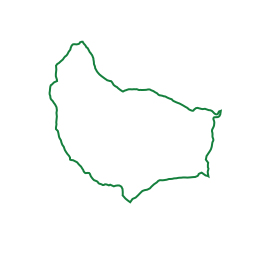 Shongphu, Tashigang, Bhutan, rotated 121°
{"feature_id": "84629894B1548081314680", "entity_name": "Shongphu", "entity_type": "district", "adm_level": 2, "iso_a3": "BTN", "parent_name": "Bhutan", "parent_adm1": "Tashigang", "projection": "robinson", "projection_center": [91.663, 27.301], "detail": "fine", "context": "isolated", "style": "outline", "palette": "green", "viewbox_px": 256, "rotation_deg": 121, "n_neighbors": 0, "source": "geoboundaries", "source_scale": "gbopen_adm2", "svg_char_len": 4025}
<svg xmlns="http://www.w3.org/2000/svg" viewBox="0 0 256 256"><g transform="rotate(121 128 128)"><path d="M65.5,57.3L66.0,57.7L66.3,58.0L66.7,58.4L67.4,58.5L68.7,58.4L69.7,58.3L70.4,58.7L70.7,59.1L71.0,59.8L71.0,60.3L71.1,61.0L71.0,61.5L70.2,64.4L70.2,65.2L70.4,66.6L71.1,68.0L71.4,69.4L71.9,71.9L73.4,73.8L74.0,75.4L74.1,75.9L74.4,76.8L74.9,78.7L75.9,79.9L78.1,80.8L79.4,80.9L79.8,81.3L80.1,81.8L80.3,82.5L80.4,83.1L80.6,84.5L80.6,85.9L80.3,86.7L80.3,87.3L80.2,88.0L80.3,89.4L80.3,90.1L80.3,90.9L80.3,91.8L80.3,93.0L80.5,96.7L80.7,97.5L81.1,99.8L81.4,102.7L81.4,103.5L81.3,104.0L81.2,104.4L80.9,105.0L80.9,105.5L81.2,106.8L81.4,107.8L81.6,109.3L81.7,110.2L81.7,111.4L81.8,112.0L81.9,112.8L82.4,113.6L82.6,114.9L83.3,116.9L83.7,117.8L83.8,118.9L83.7,119.4L83.6,119.9L83.3,120.7L83.3,121.4L83.4,123.7L83.3,124.6L83.3,125.4L83.4,125.9L83.5,126.5L83.6,126.9L83.7,127.7L83.7,128.6L83.8,129.2L84.5,130.5L85.3,131.4L85.8,131.9L86.5,132.9L88.2,135.5L89.0,137.0L89.6,137.8L89.8,138.2L90.1,139.8L90.2,140.4L91.1,141.8L91.8,143.1L92.4,143.8L94.1,146.8L94.4,147.3L95.9,148.6L96.7,149.2L97.4,149.9L98.3,150.5L99.1,150.9L99.4,151.4L99.4,152.6L99.3,154.5L99.2,155.4L98.9,157.5L98.6,158.3L98.7,159.9L98.7,160.7L98.5,162.4L98.1,163.2L97.1,165.0L96.6,166.4L96.6,166.8L97.0,167.5L97.8,170.5L97.7,171.2L97.6,173.1L97.1,178.2L96.9,178.8L96.9,179.7L95.9,182.8L95.2,184.3L94.8,184.9L94.3,185.8L93.6,187.0L92.6,187.7L91.6,188.9L91.2,189.5L90.6,190.2L89.2,191.1L88.2,191.9L87.1,192.9L86.1,193.6L85.2,194.8L84.1,196.2L83.6,197.5L83.1,198.4L82.8,199.6L80.6,203.2L80.3,203.7L80.2,204.5L80.3,205.2L79.9,205.6L79.1,207.2L78.8,208.1L78.5,209.2L77.9,210.5L77.4,211.3L77.9,212.1L79.2,213.2L80.7,213.2L81.7,213.9L82.8,215.1L84.0,217.5L84.9,218.4L85.4,218.5L86.5,218.7L88.7,218.4L90.6,217.8L93.1,218.1L96.3,217.9L98.0,218.2L99.0,218.7L100.7,219.0L102.8,219.1L105.5,220.0L107.9,220.7L109.6,221.6L111.6,221.8L114.9,219.5L118.8,217.7L120.8,216.5L123.1,213.9L124.3,213.0L125.7,214.0L126.8,214.8L127.8,215.1L130.2,215.7L131.1,216.2L132.8,215.8L135.4,214.6L136.6,214.0L138.3,213.3L139.6,212.4L140.5,211.2L141.6,210.4L142.7,209.4L143.3,208.0L143.6,206.6L144.7,204.4L145.4,202.6L147.0,200.0L149.4,198.1L151.9,197.1L154.8,194.9L160.1,192.4L161.7,191.2L163.4,190.5L164.7,190.0L166.0,189.2L166.7,186.6L168.3,185.0L170.0,183.5L170.8,182.8L171.7,181.8L173.1,179.2L174.7,177.6L176.2,175.7L177.2,173.4L179.3,170.9L180.3,169.1L181.5,166.5L182.2,164.3L183.2,162.5L184.9,161.4L184.8,160.4L183.9,158.4L183.6,154.1L183.8,153.4L184.4,151.8L185.0,149.7L185.2,148.5L185.7,147.5L186.2,146.6L187.0,144.9L187.4,144.3L188.0,143.7L188.6,142.0L188.5,141.1L187.1,139.2L186.6,138.0L187.1,136.8L188.2,135.5L188.9,134.2L189.8,131.9L190.2,130.2L189.8,128.0L189.7,126.9L190.1,125.4L190.5,124.9L190.5,123.8L190.1,122.7L189.9,121.3L189.9,120.3L189.3,119.4L188.1,118.7L187.5,117.4L187.2,116.1L187.0,114.8L185.8,114.1L185.3,110.1L183.8,108.8L182.5,107.2L181.7,105.7L181.7,103.5L183.1,101.3L185.6,99.5L187.3,98.5L188.0,98.1L188.5,97.9L188.9,96.6L189.8,93.9L190.2,91.2L190.5,87.9L189.3,87.8L186.5,87.6L183.7,85.6L180.5,84.7L178.7,84.3L176.6,83.8L174.5,83.2L173.7,82.5L172.9,81.9L170.9,79.7L168.4,78.1L166.2,77.7L162.8,76.7L159.8,75.3L157.7,74.8L156.3,73.8L155.0,71.4L153.9,70.0L152.4,68.2L150.6,66.6L149.6,65.0L148.7,63.8L147.5,62.6L146.6,61.3L146.2,60.7L144.5,58.8L142.9,56.4L142.0,55.3L141.7,54.8L140.9,53.4L139.9,51.5L138.2,49.1L136.7,47.1L135.4,45.2L133.6,43.9L132.8,43.5L132.0,43.5L131.2,43.7L130.2,43.3L128.9,42.2L128.5,42.1L128.3,41.5L128.5,40.0L128.7,37.1L128.0,34.8L128.0,34.2L126.3,35.7L124.8,36.9L124.3,37.2L122.3,37.8L121.3,38.2L120.5,39.3L118.2,40.7L116.5,41.4L115.2,44.5L115.0,45.0L113.0,45.7L111.7,46.2L105.1,45.9L103.3,46.0L100.9,46.6L99.9,47.0L97.5,48.0L96.6,48.3L95.1,48.4L94.4,48.6L93.5,49.3L92.2,50.9L91.5,51.4L89.7,52.4L88.4,53.4L87.8,54.1L87.1,54.6L86.1,55.0L83.5,55.2L82.8,55.3L82.1,55.4L81.2,55.7L78.9,56.8L77.9,57.6L76.4,59.4L76.0,59.6L75.6,59.8L74.8,59.8L74.4,59.6L72.5,56.8L71.8,56.2L70.7,55.8L68.9,55.9L65.5,57.3Z" fill="none" stroke="#15803d" stroke-width="2"/></g></svg>